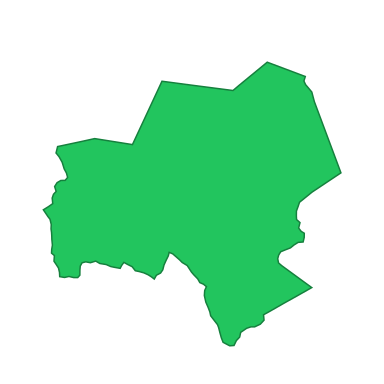 Itaporanga, Paraíba, Brazil, rotated 282°
{"feature_id": "56859067B19196458255642", "entity_name": "Itaporanga", "entity_type": "district", "adm_level": 2, "iso_a3": "BRA", "parent_name": "Brazil", "parent_adm1": "Paraíba", "projection": "robinson", "projection_center": [-38.236, -7.279], "detail": "fine", "context": "isolated", "style": "filled", "palette": "green", "viewbox_px": 384, "rotation_deg": 282, "n_neighbors": 0, "source": "geoboundaries", "source_scale": "gbopen_adm2", "svg_char_len": 1814}
<svg xmlns="http://www.w3.org/2000/svg" viewBox="0 0 384 384"><g transform="rotate(282 192 192)"><path d="M95.6,71.4L92.9,74.2L89.9,77.2L85.8,79.1L81.7,80.2L81.9,85.1L83.8,89.2L83.7,94.1L84.5,98.0L87.3,99.6L92.3,98.6L96.3,98.1L99.9,99.2L101.6,102.6L101.7,107.3L104.4,112.2L102.9,116.7L103.2,123.2L102.2,128.0L102.2,131.9L102.4,137.6L105.4,138.4L109.0,140.0L107.8,143.9L106.5,149.0L103.2,152.9L103.2,157.0L102.9,161.8L101.9,166.4L100.5,170.1L99.0,173.2L103.2,174.5L106.2,178.1L109.8,179.6L114.8,179.8L119.9,180.9L124.6,182.1L128.2,182.2L127.5,186.0L123.1,193.9L121.0,197.1L119.1,202.6L113.6,208.1L111.5,210.8L108.2,215.7L105.0,218.5L104.2,222.4L102.4,225.8L98.3,224.9L93.3,225.6L87.2,228.4L82.3,231.9L78.4,234.4L74.8,236.0L70.8,240.7L67.5,244.6L64.8,246.3L60.5,248.4L55.5,251.0L51.4,253.7L49.4,260.9L50.6,265.0L55.9,266.3L60.0,268.8L64.8,268.8L70.0,273.7L72.3,277.6L73.1,281.3L76.9,286.3L81.6,289.1L86.8,287.5L91.1,292.5L102.1,304.8L114.1,318.5L123.4,329.0L138.5,295.3L140.6,291.4L144.6,289.7L148.4,289.9L152.0,291.2L154.6,295.0L157.8,299.9L161.3,302.7L164.8,306.3L166.2,311.1L170.9,311.2L175.0,310.4L176.2,307.0L178.9,303.8L184.5,304.0L186.8,300.0L190.1,299.1L195.1,298.1L200.0,298.8L204.3,299.3L216.9,309.5L241.7,333.7L305.8,292.9L314.7,288.4L318.0,284.2L320.6,280.8L323.8,278.4L328.5,278.8L334.6,238.6L305.9,215.7L299.8,211.0L299.1,202.4L296.2,166.6L294.1,139.6L251.5,129.8L226.0,123.9L224.0,85.7L218.2,72.9L214.1,63.7L208.5,51.1L201.9,50.9L198.9,54.6L194.1,58.8L188.0,62.2L184.5,65.2L180.4,67.3L177.0,65.5L176.0,61.3L173.1,58.1L168.8,56.5L164.3,59.0L161.0,57.0L157.0,56.5L151.7,58.2L147.9,54.7L143.7,50.3L141.3,52.8L138.0,56.2L135.8,58.8L130.9,61.1L126.6,61.8L123.3,63.0L120.1,63.9L116.4,64.8L111.0,66.5L106.7,66.7L103.0,67.3L101.2,70.6L95.6,71.4Z" fill="#22c55e" stroke="#15803d" stroke-width="1.5"/></g></svg>